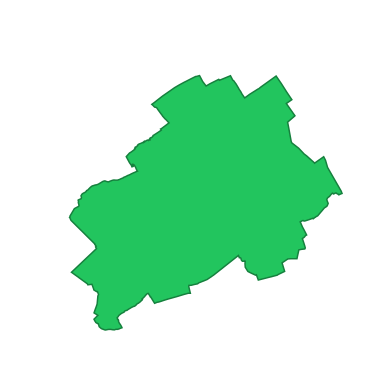 outline of Draguseni, Galati, Romania, rotated 250°
{"feature_id": "2599482B49340027544392", "entity_name": "Draguseni", "entity_type": "district", "adm_level": 2, "iso_a3": "ROU", "parent_name": "Romania", "parent_adm1": "Galati", "projection": "mercator", "projection_center": [27.722, 46.007], "detail": "fine", "context": "isolated", "style": "filled", "palette": "green", "viewbox_px": 384, "rotation_deg": 250, "n_neighbors": 0, "source": "geoboundaries", "source_scale": "gbopen_adm2", "svg_char_len": 5841}
<svg xmlns="http://www.w3.org/2000/svg" viewBox="0 0 384 384"><g transform="rotate(250 192 192)"><path d="M288.1,184.2L287.5,184.5L286.9,184.9L285.6,185.4L284.6,185.9L284.2,186.4L283.9,187.0L283.4,187.5L283.0,187.7L280.9,188.2L276.4,189.5L274.2,190.2L273.5,190.3L269.9,191.7L268.9,192.3L264.8,194.0L262.1,185.3L261.9,184.1L261.7,184.2L261.4,184.2L261.0,184.3L260.6,184.3L259.2,178.6L258.4,175.0L258.4,174.7L258.2,174.6L257.9,174.5L257.7,174.3L257.0,172.6L256.9,171.9L257.1,171.8L256.9,170.9L256.6,170.9L256.5,170.6L256.3,170.2L255.6,170.5L255.3,170.5L255.3,170.2L255.8,170.0L255.7,169.4L255.3,168.7L255.9,168.3L255.9,167.8L256.0,167.7L255.9,166.6L255.7,165.8L255.5,165.1L256.0,164.9L255.9,164.3L255.3,164.4L255.1,163.4L255.0,163.1L255.1,162.9L255.4,162.9L255.4,162.7L255.3,161.9L255.2,160.6L255.2,159.9L255.2,159.3L255.2,158.8L255.1,157.9L254.8,157.3L254.6,156.9L254.5,156.7L254.1,156.7L254.0,156.3L253.5,155.4L253.4,154.7L253.6,154.3L253.1,154.1L253.0,153.8L253.0,153.4L252.9,153.3L252.6,153.3L252.1,153.4L251.9,152.5L251.6,152.5L251.1,151.0L251.0,150.5L250.5,149.0L250.0,146.6L247.7,142.3L240.8,143.3L239.4,143.7L238.0,144.1L236.2,144.2L236.2,144.8L236.1,145.2L236.2,145.5L236.6,145.5L237.3,145.5L238.3,145.4L238.4,145.5L238.1,146.2L237.5,146.4L237.3,146.8L234.7,147.4L232.3,147.5L230.3,147.8L230.4,147.4L230.3,146.8L230.1,145.9L230.1,145.4L230.0,143.2L229.9,142.2L229.8,140.9L229.6,140.0L229.5,138.5L229.5,137.0L229.4,136.4L229.3,135.9L229.2,135.2L229.1,132.7L229.1,132.4L228.8,132.1L228.7,131.5L228.8,130.7L228.8,130.2L228.6,128.6L228.6,127.7L228.6,126.6L228.7,125.9L229.3,124.2L229.9,122.9L230.1,122.2L230.1,121.7L230.2,121.4L230.2,121.1L230.2,118.6L230.1,117.7L230.1,117.2L230.1,116.9L230.4,116.3L231.1,115.3L231.3,115.0L231.4,114.9L231.7,114.6L232.0,114.3L232.4,113.3L232.4,113.0L232.4,112.0L232.4,111.5L232.2,110.7L231.8,108.8L231.7,107.9L231.4,106.9L231.4,106.2L231.4,104.9L231.5,103.9L231.7,103.6L231.7,103.3L231.7,102.5L231.8,100.3L231.8,100.1L231.2,98.2L230.2,96.1L229.7,95.2L229.5,94.6L229.4,94.1L229.4,93.4L228.9,92.9L228.6,92.5L228.5,92.1L228.3,91.5L228.2,91.0L228.2,90.4L228.0,89.5L227.9,88.5L227.7,88.1L227.3,87.5L226.4,86.4L225.0,86.3L224.3,86.1L223.6,85.4L223.5,83.0L223.3,82.2L222.0,82.1L221.6,82.0L221.3,81.7L221.0,81.7L220.7,81.5L219.1,81.4L217.9,81.2L217.4,80.7L217.2,80.1L217.0,78.5L216.6,75.8L211.1,69.1L210.6,69.0L209.9,68.2L209.3,68.5L208.1,68.5L207.2,68.5L206.3,68.8L176.4,82.9L176.1,82.7L173.8,83.4L173.4,82.6L171.5,82.9L157.8,51.3L141.5,62.3L140.4,62.4L139.5,66.4L134.6,66.4L133.5,66.3L132.0,67.5L130.9,68.4L130.7,69.1L127.6,69.1L126.5,68.0L119.1,64.5L115.9,61.9L115.5,61.5L114.4,60.6L111.9,58.6L108.3,61.4L106.0,56.4L104.0,56.6L103.0,57.0L102.5,56.9L101.5,57.5L101.0,58.2L100.6,58.3L100.3,58.9L97.8,58.8L97.2,58.7L94.6,60.1L92.1,63.1L92.0,63.3L91.7,64.8L91.6,65.7L91.3,67.1L91.1,67.5L90.9,68.2L90.6,68.8L90.1,69.7L89.9,69.9L89.9,70.0L89.7,70.5L89.4,71.1L89.1,71.6L89.0,72.1L89.0,72.6L89.0,73.2L89.0,73.6L88.3,75.5L88.4,75.8L88.3,76.8L88.3,77.0L88.4,77.3L88.4,77.5L88.4,79.8L89.0,79.8L91.6,79.4L93.9,78.8L95.1,78.7L96.3,78.9L96.5,79.1L97.0,79.1L97.7,78.9L97.8,78.5L99.5,78.7L100.1,79.9L101.0,81.0L101.8,83.4L102.1,84.5L102.2,85.9L102.3,86.3L102.5,87.5L102.9,87.8L103.1,88.1L103.2,88.6L103.2,89.4L103.2,89.7L103.0,90.2L103.1,90.6L103.3,91.2L103.6,92.4L103.7,93.2L104.2,95.5L104.4,97.4L104.4,97.7L104.5,98.1L104.3,98.7L104.4,99.3L104.5,99.7L104.8,100.5L104.9,100.8L105.4,101.6L105.8,102.7L105.8,103.5L106.6,106.0L107.1,107.0L107.6,108.3L108.0,108.7L108.5,108.5L108.5,108.9L109.0,109.6L109.9,111.6L110.1,111.9L110.3,112.2L111.3,114.0L111.7,115.0L111.7,115.8L111.8,116.1L111.7,116.2L109.5,116.7L107.6,117.0L107.5,117.3L100.2,118.8L100.3,121.6L100.2,122.1L100.0,123.1L99.9,124.8L99.8,129.0L99.6,133.0L98.9,142.0L98.5,149.5L98.2,153.0L98.1,153.9L97.4,155.8L104.2,156.6L105.3,157.1L104.6,159.5L104.3,162.6L103.8,165.9L104.3,167.2L104.6,176.3L106.6,184.1L116.5,213.9L114.0,214.0L113.8,214.8L113.1,215.3L112.7,215.3L111.7,215.1L111.2,215.1L109.8,215.6L109.6,215.9L109.3,216.9L109.0,217.6L109.1,217.9L109.2,218.1L108.6,218.3L108.5,218.2L106.6,217.3L103.1,216.3L98.4,217.3L97.9,217.6L97.3,218.2L95.9,219.5L92.1,223.3L92.2,224.2L86.6,224.2L84.7,243.7L85.0,244.7L85.7,251.9L94.6,252.4L96.0,257.9L96.2,258.8L96.3,259.2L96.0,260.3L95.6,261.7L93.4,267.8L96.3,269.6L99.9,271.9L101.0,272.4L101.0,273.1L100.7,275.2L99.9,278.5L100.7,279.3L101.7,279.4L102.5,279.5L105.0,279.6L110.5,279.8L110.8,281.0L111.2,282.2L112.0,283.4L112.3,284.1L112.4,285.0L117.4,284.4L121.5,283.8L123.3,283.7L125.4,283.6L126.9,283.4L127.2,285.2L127.3,286.6L126.5,287.2L126.2,288.0L126.1,289.6L126.0,292.7L126.0,296.4L125.4,296.7L125.6,297.6L126.0,298.2L126.1,299.4L126.4,300.1L126.5,300.9L126.6,301.9L131.8,311.0L132.2,312.9L132.5,313.9L132.9,314.4L133.5,315.0L134.8,316.1L136.0,316.0L138.7,316.0L139.9,317.1L140.6,318.6L140.6,319.0L140.8,319.7L141.0,320.0L142.3,322.1L142.7,323.0L142.9,323.6L142.5,324.0L142.0,324.1L141.7,324.4L141.9,326.3L141.9,326.9L141.7,327.1L141.4,327.4L140.5,327.9L140.2,328.4L139.9,328.6L139.1,329.0L139.3,331.0L139.3,332.5L141.7,332.5L165.8,328.3L168.7,327.8L176.2,328.3L180.1,327.8L177.2,317.1L177.3,317.1L186.7,312.1L189.3,310.4L196.7,307.2L204.0,302.6L204.8,302.5L206.2,302.6L220.3,305.0L224.9,305.7L228.4,314.8L242.9,310.9L244.6,317.4L253.4,315.2L263.4,313.0L272.2,310.7L267.0,292.2L266.2,290.1L266.2,289.3L264.5,281.5L264.4,281.1L264.1,279.6L263.4,277.3L262.4,273.7L263.1,273.5L265.0,273.0L266.8,272.5L269.8,272.1L272.3,271.4L273.4,271.3L278.7,270.3L279.2,270.1L282.4,269.2L283.0,268.6L288.1,267.9L287.6,256.0L288.4,255.9L288.7,255.7L287.6,246.1L286.8,241.5L292.2,239.8L298.8,238.9L299.0,236.4L299.1,235.6L299.3,234.9L298.8,230.5L298.0,224.1L297.8,222.2L297.0,216.8L296.0,211.3L295.1,208.0L293.3,201.2L292.3,197.4L291.6,195.2L289.9,190.0L288.9,187.0L288.1,184.2Z" fill="#22c55e" stroke="#15803d" stroke-width="1.5"/></g></svg>